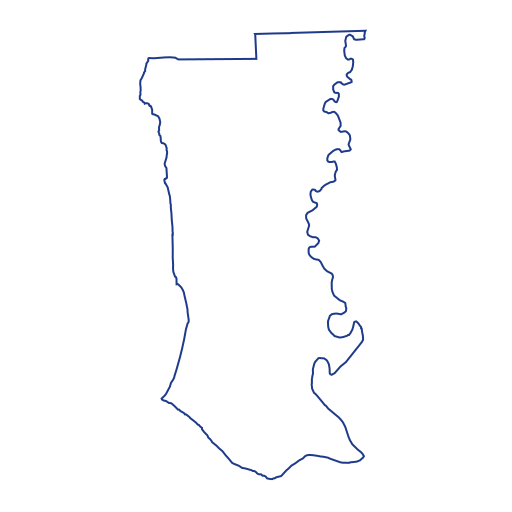 the district of Kiang West, Lower River, Gambia, rotated 269°
{"feature_id": "56634734B57370738255875", "entity_name": "Kiang West", "entity_type": "district", "adm_level": 2, "iso_a3": "GMB", "parent_name": "Gambia", "parent_adm1": "Lower River", "projection": "orthographic", "projection_center": [-15.997, 13.345], "detail": "fine", "context": "isolated", "style": "outline", "palette": "blue", "viewbox_px": 512, "rotation_deg": 269, "n_neighbors": 0, "source": "geoboundaries", "source_scale": "gbopen_adm2", "svg_char_len": 6068}
<svg xmlns="http://www.w3.org/2000/svg" viewBox="0 0 512 512"><g transform="rotate(269 256 256)"><path d="M73.4,345.4L83.5,342.3L88.0,340.1L90.0,338.7L93.2,335.9L102.2,325.5L105.2,323.2L105.8,322.0L106.8,321.4L115.3,314.6L117.3,312.8L118.2,311.6L122.4,309.8L126.9,309.4L127.9,309.7L131.5,309.7L135.1,310.3L137.3,310.9L141.8,310.9L147.0,312.3L149.0,313.2L152.5,316.4L152.9,317.4L152.4,322.4L150.6,324.8L149.0,325.8L146.4,327.0L142.3,327.6L137.3,327.7L136.5,328.3L135.9,329.5L137.5,332.6L144.1,338.6L148.3,344.0L168.2,360.4L170.4,361.6L172.3,361.6L174.9,361.4L177.9,360.8L181.6,360.4L181.8,359.8L183.2,359.8L184.6,358.6L186.8,357.2L188.8,355.2L188.7,354.0L188.1,353.0L183.8,352.0L180.6,351.0L177.2,349.0L175.4,347.6L175.4,346.6L174.6,345.6L173.4,341.5L173.0,338.3L174.6,333.1L175.6,332.3L177.6,330.1L180.9,327.7L183.1,327.1L184.9,326.9L188.8,326.8L188.2,327.0L189.4,326.8L195.0,328.9L196.6,331.1L197.0,333.9L197.0,336.1L196.2,340.1L198.0,343.5L199.2,344.9L201.8,345.4L204.0,344.8L206.5,344.6L207.5,344.4L208.9,342.2L210.3,339.0L215.0,333.4L218.8,331.8L221.7,331.2L228.1,331.2L231.1,331.8L233.4,332.6L234.8,332.5L236.0,332.1L237.0,331.5L239.6,326.7L242.1,324.1L245.3,322.3L248.7,320.7L250.8,318.9L251.2,318.1L251.4,316.3L252.2,313.7L253.8,311.5L254.6,310.7L256.1,309.5L257.5,308.9L258.3,308.7L261.9,308.7L262.9,309.1L263.7,309.7L264.1,310.3L264.3,311.9L264.3,314.9L267.7,318.5L270.2,319.4L272.6,318.0L273.4,316.6L273.8,315.4L273.8,313.0L275.0,310.2L276.3,308.4L279.1,307.6L285.3,309.6L286.7,309.6L290.4,308.0L291.8,307.2L293.0,306.8L296.0,306.8L298.3,308.4L300.7,313.3L304.1,317.5L306.1,318.1L307.7,317.7L309.1,314.1L310.8,312.9L314.2,311.9L316.6,311.5L319.1,311.8L321.2,313.2L321.5,313.9L321.4,315.1L320.9,316.4L320.1,316.7L319.3,318.2L319.3,319.1L319.8,320.7L321.7,322.5L322.8,322.8L325.2,325.5L326.5,327.6L327.2,329.2L328.4,331.4L328.9,334.7L329.9,336.3L330.5,336.8L334.5,336.2L336.1,336.3L339.2,337.3L340.7,338.5L343.0,338.4L346.7,337.5L349.1,336.3L349.1,335.0L348.7,333.6L348.7,330.9L349.2,329.8L350.3,329.0L352.4,329.0L355.7,330.2L359.5,334.7L360.9,337.2L361.0,337.9L361.3,338.4L361.4,339.3L361.3,341.1L360.2,342.2L358.8,343.0L358.4,343.5L359.1,345.9L359.7,351.3L360.9,352.6L361.5,352.4L365.6,350.5L366.9,350.8L371.0,352.4L375.1,351.9L377.3,350.3L378.9,348.3L379.2,347.2L378.6,342.9L379.4,341.8L380.6,340.7L381.6,340.8L384.6,342.9L387.9,342.9L395.0,340.3L397.6,338.2L398.7,336.9L398.8,335.8L398.5,334.4L398.0,333.7L397.4,330.9L398.5,329.4L399.3,326.7L400.5,325.8L402.1,325.9L406.4,327.2L407.8,327.8L408.8,328.4L411.7,333.1L411.8,333.8L411.4,335.5L410.4,336.6L409.0,337.4L408.4,338.9L408.8,339.7L409.5,340.0L414.1,341.7L416.8,341.6L417.7,340.8L417.7,338.8L418.0,337.6L418.8,336.8L419.3,336.8L421.0,336.1L424.4,336.1L425.8,337.1L428.2,340.4L428.3,341.2L428.3,343.1L428.0,344.1L427.4,344.2L426.0,346.2L425.8,346.8L425.8,347.6L428.2,354.6L429.7,354.6L430.6,354.3L431.1,353.3L433.6,350.4L434.9,349.8L436.1,349.9L437.6,351.5L438.2,353.3L440.9,355.3L441.7,355.3L442.7,355.8L445.2,356.3L448.2,356.6L450.7,356.4L451.5,355.1L451.7,354.2L450.9,352.6L450.7,351.5L452.1,349.6L454.8,348.3L459.3,347.8L460.5,347.8L462.4,348.1L463.6,349.2L464.5,349.7L469.6,349.0L473.7,350.1L475.6,353.0L475.6,353.9L474.8,355.2L474.4,355.7L474.1,356.5L471.0,357.9L470.4,360.0L470.9,368.0L472.2,368.5L473.6,368.1L474.7,368.1L476.3,368.6L477.6,368.6L479.3,369.4L478.4,295.0L478.2,294.3L478.2,277.4L478.0,258.9L477.6,259.1L453.1,259.8L453.9,181.7L455.7,178.7L456.2,173.7L456.2,169.3L455.5,157.3L455.8,152.3L455.5,151.9L455.0,151.7L452.9,151.6L450.2,149.7L449.3,149.7L444.5,148.4L442.8,148.4L441.4,147.2L440.7,147.2L435.6,144.8L433.6,143.5L429.9,143.2L427.5,143.5L424.1,143.6L421.4,143.2L419.1,143.3L418.0,142.6L414.9,142.6L413.4,144.6L413.3,145.0L412.2,145.5L411.2,147.2L410.3,147.4L410.6,148.0L410.6,149.3L410.5,150.4L409.8,151.5L408.2,152.0L407.9,152.3L408.1,152.8L407.3,153.8L406.2,153.9L404.4,154.7L400.0,154.7L399.4,155.7L399.4,156.3L398.9,157.8L398.3,158.6L397.8,160.0L397.2,160.7L395.0,161.9L391.3,162.6L390.4,162.3L389.6,162.3L386.6,161.3L383.1,161.3L382.4,160.7L381.6,160.7L380.2,161.4L378.8,161.4L377.7,162.5L375.6,162.8L373.3,162.8L371.7,163.1L370.6,163.8L370.3,165.5L369.3,167.0L368.5,167.6L365.3,168.6L363.4,168.4L362.2,168.9L360.0,168.9L358.5,168.5L356.2,168.3L350.1,166.3L349.0,166.3L347.4,166.8L345.4,168.0L335.9,168.4L335.9,169.1L335.6,167.7L334.6,166.9L334.6,166.1L333.8,165.7L333.0,165.7L330.3,166.3L330.3,166.7L326.1,168.9L319.4,170.3L317.4,170.9L312.5,171.3L310.3,171.3L309.1,171.7L305.5,171.7L299.8,172.2L293.6,172.4L286.5,173.0L281.9,173.0L280.8,173.2L278.8,173.2L278.8,172.8L265.1,172.9L255.8,172.7L248.5,173.0L244.9,172.8L241.5,173.1L236.8,174.7L236.4,175.5L234.8,176.1L229.1,176.1L229.3,177.3L227.3,179.5L225.7,180.9L223.1,182.3L220.6,183.3L217.6,183.8L210.3,185.4L203.5,186.6L201.2,186.6L193.2,187.6L191.3,187.5L189.9,186.5L184.1,184.7L174.0,182.7L164.3,180.4L156.1,178.2L143.4,174.4L137.5,172.4L136.3,172.2L134.1,171.2L130.5,168.7L127.0,167.7L119.8,163.7L118.0,162.3L115.1,159.1L114.3,159.4L113.3,160.8L112.9,161.9L112.7,163.3L110.5,166.5L110.5,167.7L110.1,168.9L107.4,171.9L103.8,175.3L103.8,176.3L102.1,177.9L101.9,178.5L99.9,181.7L98.9,182.1L98.7,183.5L96.1,186.7L95.2,187.3L90.8,192.7L89.4,194.1L88.4,194.8L88.1,195.9L86.5,197.2L85.1,199.0L83.7,199.0L80.7,201.2L77.6,204.2L75.2,205.2L73.8,206.8L72.3,208.0L70.5,209.0L67.3,212.9L64.0,216.1L61.4,219.1L57.1,222.3L53.9,225.1L49.6,228.5L48.6,230.3L46.6,235.1L44.2,238.7L44.2,239.7L43.3,243.3L41.9,247.7L41.1,249.1L41.1,250.3L40.5,251.5L39.3,252.9L38.8,253.1L37.8,254.7L37.6,255.7L37.6,257.3L36.2,258.7L36.2,259.9L36.0,260.7L35.2,261.9L33.4,263.3L32.7,266.7L32.7,268.6L33.3,269.4L33.3,270.3L33.7,271.5L34.3,272.1L34.5,272.7L35.5,277.3L41.2,282.7L43.0,284.9L45.8,287.8L48.0,291.6L51.0,295.8L52.8,299.4L55.0,301.6L55.8,303.2L56.2,305.7L55.8,309.7L55.2,313.5L54.3,317.7L54.3,318.9L53.1,324.5L52.3,325.9L48.2,336.9L47.8,339.3L47.6,345.7L48.0,346.3L48.3,349.8L48.7,353.4L49.9,356.4L52.6,359.6L54.0,360.4L56.4,359.0L58.0,357.6L60.8,354.2L66.1,349.0L70.0,346.8L73.4,345.4Z" fill="none" stroke="#1e3a8a" stroke-width="2"/></g></svg>